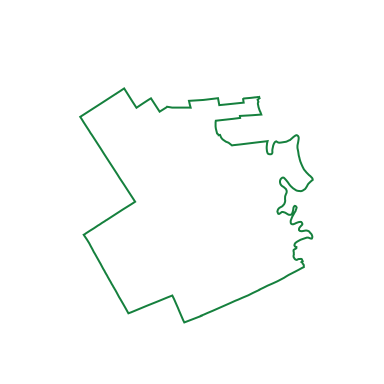 the district of Albesti, Ialomita, Romania, rotated 57°
{"feature_id": "2599482B37276216351918", "entity_name": "Albesti", "entity_type": "district", "adm_level": 2, "iso_a3": "ROU", "parent_name": "Romania", "parent_adm1": "Ialomita", "projection": "natural_earth1", "projection_center": [27.12, 44.529], "detail": "fine", "context": "isolated", "style": "outline", "palette": "green", "viewbox_px": 384, "rotation_deg": 57, "n_neighbors": 0, "source": "geoboundaries", "source_scale": "gbopen_adm2", "svg_char_len": 5585}
<svg xmlns="http://www.w3.org/2000/svg" viewBox="0 0 384 384"><g transform="rotate(57 192 192)"><path d="M297.2,269.5L298.7,262.5L299.1,260.6L301.0,251.6L300.7,251.6L301.3,248.7L301.9,244.9L302.9,239.4L305.9,220.9L306.8,214.9L307.4,212.0L308.1,207.6L308.9,203.2L309.3,201.0L309.8,196.1L310.3,192.4L310.8,188.8L310.6,188.7L311.2,184.2L311.7,179.7L312.6,174.4L313.4,169.0L314.1,161.5L314.1,159.0L314.2,156.3L315.2,146.5L315.4,144.3L315.5,142.5L315.6,141.9L315.6,141.3L315.7,140.6L315.9,139.1L315.6,138.9L315.3,138.8L314.6,138.3L313.9,138.0L313.2,138.0L312.4,138.2L311.5,138.0L311.1,138.0L310.4,138.3L310.3,136.8L309.6,136.8L309.1,136.7L308.8,136.6L308.4,136.5L308.2,136.5L307.8,136.7L307.4,137.1L307.2,137.5L307.0,137.9L306.5,138.7L306.3,139.1L306.2,139.5L306.1,140.1L306.1,140.6L306.0,141.1L305.8,141.4L305.3,141.8L304.5,142.2L303.6,142.3L301.9,142.2L301.3,141.9L300.6,141.4L300.0,140.8L299.9,140.6L299.5,140.4L299.1,140.2L297.9,139.4L297.2,139.2L296.6,138.9L295.9,138.2L296.0,135.3L295.9,135.0L295.0,134.4L294.8,134.6L293.8,135.3L292.6,135.2L291.7,134.4L291.1,133.2L290.9,131.3L291.0,129.3L291.2,126.9L291.7,124.8L292.8,120.5L293.6,119.3L295.3,118.1L296.0,117.4L296.3,116.9L296.0,116.3L295.2,115.5L294.2,115.1L293.4,114.9L292.5,114.8L291.6,114.9L290.3,115.2L289.4,115.2L288.6,115.4L287.8,115.9L287.0,116.6L286.4,117.3L286.0,118.1L285.0,120.6L284.6,121.4L284.0,122.1L283.4,122.7L282.3,123.0L281.3,122.4L280.7,121.7L280.3,120.8L279.9,119.4L279.6,118.1L279.4,117.3L279.0,116.9L278.5,116.7L277.6,116.6L276.7,116.7L276.2,117.2L275.9,117.7L275.4,118.8L275.0,120.3L274.6,122.4L274.6,123.1L274.4,123.8L274.2,124.7L273.8,125.3L273.4,125.7L272.9,126.0L272.4,126.1L271.7,126.0L270.6,125.4L269.8,124.8L269.2,124.0L267.6,121.8L266.9,120.6L266.3,119.4L265.0,117.0L264.4,115.6L263.7,114.8L262.9,113.7L262.0,112.7L261.3,112.6L260.2,112.8L259.6,113.4L259.7,114.2L260.1,115.0L260.7,115.7L261.7,116.5L263.2,118.0L264.4,119.5L264.9,120.4L264.9,121.4L264.6,122.1L263.8,123.2L263.4,123.5L261.8,124.3L260.7,124.8L259.8,125.3L258.2,126.7L257.7,127.6L257.9,130.5L257.7,131.1L257.2,131.5L256.4,131.4L255.0,131.1L254.3,130.4L253.5,129.4L253.2,128.6L252.9,127.4L253.0,125.8L253.1,124.8L253.1,123.7L252.8,123.0L252.6,121.9L252.2,121.0L251.4,119.9L250.8,119.2L249.8,118.4L248.7,117.9L246.3,116.2L245.8,115.5L245.0,114.5L244.5,113.6L243.9,112.9L243.3,112.4L242.4,111.9L240.7,111.6L237.8,112.4L236.1,113.2L234.8,113.5L233.7,113.5L232.5,113.2L231.6,112.8L230.7,112.2L229.7,111.0L229.4,110.3L229.2,109.2L229.2,108.4L229.6,107.6L230.1,107.2L230.8,107.0L233.2,106.6L236.3,106.3L237.7,106.3L239.4,106.2L240.9,106.0L244.0,105.2L245.3,104.6L247.2,103.8L248.1,103.2L249.4,101.8L249.7,101.3L250.2,100.8L250.5,100.4L250.7,100.0L250.9,99.4L251.1,98.5L251.1,97.9L251.1,97.2L251.1,96.5L251.1,95.5L250.6,94.2L249.7,92.3L249.0,91.1L248.5,90.0L247.9,87.0L247.6,84.7L247.6,84.2L247.1,83.9L246.5,83.7L245.8,83.6L244.6,83.8L243.1,84.1L241.7,84.6L237.8,85.4L236.5,85.5L235.2,85.7L233.8,85.8L231.0,85.5L228.4,85.1L225.4,84.5L223.1,83.8L222.1,83.4L219.9,82.7L218.9,82.3L215.9,80.9L214.1,80.2L212.8,79.7L211.9,79.2L210.3,78.1L208.1,75.9L207.1,75.0L206.0,74.0L204.7,73.0L203.5,72.6L202.7,72.6L202.0,72.9L201.4,73.2L201.1,73.9L201.0,74.9L201.1,76.9L201.8,81.5L201.5,82.8L201.4,83.9L201.2,85.4L200.8,86.4L200.3,87.5L199.1,90.2L198.3,91.8L197.7,92.5L196.9,93.1L196.2,93.4L195.4,93.8L195.3,94.4L195.3,95.2L195.7,96.2L196.0,96.8L196.4,97.4L197.2,98.5L197.7,99.0L199.0,100.3L200.0,101.3L201.0,102.1L202.1,102.7L202.7,103.1L203.2,103.7L203.4,104.1L203.4,105.0L203.1,105.6L202.7,106.2L202.1,106.9L201.3,107.4L200.3,107.4L198.6,106.9L195.9,105.5L194.6,104.6L192.0,102.5L190.5,100.9L190.1,101.8L189.5,103.0L187.4,107.2L178.3,125.8L175.2,131.9L174.7,133.1L170.6,134.5L168.2,136.2L165.0,137.5L163.8,137.8L162.1,137.9L159.4,137.4L158.9,138.7L158.5,138.5L156.6,139.1L151.9,137.5L150.0,136.6L149.2,136.1L146.3,134.2L145.2,133.2L152.9,117.9L156.1,111.3L154.3,110.4L160.4,99.7L164.8,91.7L162.2,91.1L160.5,90.9L157.1,90.0L154.9,89.1L154.0,88.8L153.1,88.1L152.6,87.2L151.3,87.0L151.0,86.8L150.4,86.7L150.4,86.1L150.2,85.5L150.1,85.0L150.1,84.3L149.9,84.3L149.2,84.0L148.9,83.9L148.8,84.3L148.4,84.8L148.0,85.5L147.4,86.9L147.1,87.3L145.2,91.2L143.6,94.2L141.7,97.8L141.3,98.2L141.2,98.2L141.4,98.3L145.2,100.0L137.0,116.0L134.0,121.8L127.5,119.1L122.2,129.9L120.9,132.5L113.9,144.9L117.4,146.2L120.5,147.2L115.4,155.0L110.3,162.8L106.9,166.5L107.1,166.9L107.0,175.4L91.1,175.4L91.0,178.1L91.0,184.3L91.1,192.7L83.9,192.7L68.2,192.5L68.2,215.0L68.2,219.8L68.1,244.8L71.1,244.8L74.8,244.9L80.1,244.9L84.6,244.9L87.7,245.0L89.1,244.9L91.3,244.9L96.4,244.9L106.0,244.9L111.9,245.0L117.9,245.0L125.3,245.0L132.7,245.0L136.7,245.0L141.0,245.1L148.4,245.0L156.7,245.0L162.3,245.0L169.2,245.0L169.2,249.0L169.1,254.4L169.0,259.7L169.0,262.3L169.0,266.2L169.0,271.8L169.0,275.2L169.0,278.9L168.9,279.9L169.0,281.1L168.9,284.1L169.0,287.5L168.9,288.8L169.0,293.9L168.9,299.0L168.9,299.9L168.9,301.3L168.9,303.4L169.0,305.0L168.9,306.1L169.0,306.1L170.5,306.1L174.5,306.0L179.0,306.1L182.0,306.4L186.0,306.7L188.6,307.0L191.4,307.1L194.3,307.3L199.1,307.6L200.6,307.7L202.8,307.8L203.0,307.9L203.5,307.9L208.0,308.3L210.9,308.4L211.1,308.5L214.5,308.7L215.5,308.7L217.4,308.9L219.2,309.0L220.6,309.1L223.0,309.2L225.1,309.4L228.1,309.5L228.8,309.6L230.2,309.6L231.1,309.7L232.2,309.7L235.1,309.9L240.8,310.4L242.0,310.4L248.1,310.7L253.3,311.0L259.1,311.4L259.7,308.8L261.4,299.6L262.8,292.0L265.3,279.4L267.0,270.3L268.1,264.9L272.3,265.4L276.5,266.1L282.1,267.0L283.5,267.3L288.7,268.2L294.6,269.2L297.2,269.5Z" fill="none" stroke="#15803d" stroke-width="2"/></g></svg>